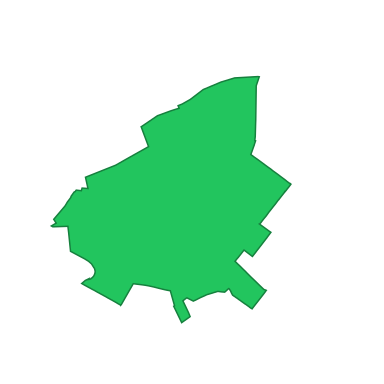 outline of Oinacu, Giurgiu, Romania, rotated 207°
{"feature_id": "2599482B44052699219659", "entity_name": "Oinacu", "entity_type": "district", "adm_level": 2, "iso_a3": "ROU", "parent_name": "Romania", "parent_adm1": "Giurgiu", "projection": "equal_earth", "projection_center": [26.022, 43.945], "detail": "fine", "context": "isolated", "style": "filled", "palette": "green", "viewbox_px": 384, "rotation_deg": 207, "n_neighbors": 0, "source": "geoboundaries", "source_scale": "gbopen_adm2", "svg_char_len": 4075}
<svg xmlns="http://www.w3.org/2000/svg" viewBox="0 0 384 384"><g transform="rotate(207 192 192)"><path d="M248.7,60.4L244.6,60.2L244.4,60.2L243.6,60.2L241.3,60.1L239.5,60.1L237.5,60.0L236.2,60.0L234.2,60.0L232.7,59.9L230.4,59.8L229.0,59.8L226.7,59.7L225.3,59.7L223.1,59.6L221.8,59.6L220.0,59.5L218.5,59.4L217.1,59.4L215.9,59.3L214.8,59.3L213.6,59.3L212.8,59.2L211.9,59.2L211.2,59.2L210.6,59.1L210.0,59.1L209.3,59.1L208.9,59.0L208.4,59.0L208.0,59.0L207.4,58.9L206.7,58.9L206.2,58.9L205.7,58.8L205.4,58.8L205.1,58.8L204.9,58.9L204.5,59.0L204.2,59.1L204.1,58.9L203.9,59.4L203.0,78.0L202.7,83.6L194.5,86.6L191.3,87.7L188.0,88.7L182.6,90.1L177.2,91.3L172.2,92.5L169.2,93.3L167.9,93.7L166.5,94.2L155.9,82.7L156.1,82.3L156.4,81.9L152.3,78.8L141.9,70.9L137.1,80.1L140.3,82.9L146.8,87.9L150.7,90.9L149.3,94.0L148.8,95.0L148.6,95.3L148.4,95.4L146.6,95.4L144.1,95.4L142.8,95.4L141.3,95.4L141.0,95.8L140.5,96.4L139.9,97.1L139.4,97.8L139.1,98.2L138.4,99.2L137.6,100.3L136.5,101.8L135.6,102.9L134.7,104.0L133.8,105.1L132.8,106.4L132.4,107.0L132.1,107.3L131.8,107.6L130.7,108.6L129.9,109.4L128.2,111.0L127.5,111.7L126.8,112.4L126.6,112.6L125.6,113.5L125.0,114.1L124.3,114.8L124.0,115.0L123.5,115.3L122.1,115.8L120.4,116.4L118.9,117.0L118.0,117.4L117.6,117.5L117.4,117.7L117.2,118.0L117.1,118.4L116.6,119.6L116.3,120.5L115.7,122.1L115.5,122.5L115.4,122.7L115.2,122.7L114.8,122.5L114.2,122.2L113.2,121.6L112.4,121.1L111.7,120.5L111.2,120.1L110.3,119.4L109.8,119.1L109.4,118.9L109.2,118.8L109.1,118.6L108.8,118.5L108.1,118.4L107.5,118.3L107.1,118.3L105.6,118.1L104.6,117.9L103.9,117.9L102.8,117.7L101.1,117.4L99.9,117.3L99.3,117.2L98.1,116.9L97.2,116.9L96.4,116.7L95.1,116.5L94.4,116.4L93.7,116.3L93.1,116.3L91.8,116.1L90.8,115.9L89.8,115.8L89.1,115.7L88.5,115.5L87.2,115.3L86.5,115.2L85.6,115.2L85.4,115.2L85.4,115.4L85.1,117.1L84.1,122.2L82.0,133.0L81.3,137.0L81.3,137.7L81.2,138.1L81.6,138.1L82.0,138.0L83.0,137.9L83.6,137.8L84.1,137.9L89.4,139.5L94.8,141.2L98.1,142.2L100.5,142.9L106.7,144.9L108.3,145.5L111.0,146.3L111.6,146.5L112.3,146.7L114.4,147.4L116.3,148.0L118.8,148.7L120.9,149.4L122.2,149.8L122.0,150.7L121.7,152.3L121.5,153.2L121.1,154.7L120.9,155.8L120.4,158.2L119.3,163.9L113.9,162.9L111.6,162.5L110.7,162.3L108.9,162.0L108.7,163.0L108.5,164.1L108.3,165.1L107.9,167.0L107.7,168.4L107.3,170.5L107.1,171.4L106.9,172.4L106.6,174.2L106.2,176.1L105.9,177.8L105.7,178.9L105.5,180.0L105.1,182.1L104.8,183.8L104.6,184.6L104.4,186.1L104.0,188.4L103.8,189.5L103.4,191.9L105.8,192.2L108.2,192.6L112.6,193.3L117.4,194.1L117.1,194.5L116.9,195.3L116.8,195.5L116.7,196.1L116.6,196.6L116.3,198.5L116.1,199.4L115.8,201.0L115.4,202.7L115.1,204.0L115.0,204.5L114.4,208.6L113.7,212.0L113.0,215.6L112.2,219.4L111.5,223.7L111.3,224.6L111.2,224.6L110.3,229.4L109.8,231.8L109.5,233.6L109.5,233.8L109.4,233.7L108.8,236.3L108.5,238.1L108.0,240.4L107.4,243.9L107.6,244.0L108.1,244.1L108.1,243.9L111.2,244.4L112.4,244.6L114.0,245.0L120.4,246.1L123.1,246.6L126.2,247.1L129.5,247.6L131.3,248.0L132.2,248.2L135.8,248.7L147.7,250.7L152.6,251.4L156.6,252.1L157.0,255.4L157.5,259.1L157.9,262.3L158.0,262.5L158.6,266.5L159.4,266.4L160.1,268.2L160.8,270.1L160.9,270.3L166.5,282.1L167.8,284.9L183.0,315.8L184.4,325.2L185.6,324.8L205.8,313.0L216.1,303.1L228.5,288.4L235.6,273.6L237.8,270.3L240.7,265.9L243.6,262.6L241.5,260.8L244.6,257.8L247.9,254.5L257.4,244.3L266.9,227.0L266.7,226.9L266.5,226.7L263.5,223.9L251.3,212.7L257.3,203.7L263.3,194.7L272.2,181.2L282.9,169.0L293.6,156.8L286.3,147.9L287.9,147.2L291.7,145.6L291.2,142.9L293.6,142.0L296.0,141.1L296.3,139.3L297.0,138.5L297.8,133.2L297.5,132.2L297.6,131.6L297.7,130.9L298.5,126.4L298.6,124.1L298.8,121.8L300.5,114.6L302.8,104.9L298.9,102.6L301.9,97.9L300.2,97.8L287.0,105.1L283.2,99.4L273.3,84.0L257.4,83.7L252.7,83.3L248.8,82.3L246.0,80.6L245.0,80.0L244.6,79.9L243.9,79.3L243.3,78.6L242.6,77.8L242.2,77.2L241.9,76.4L241.6,75.5L241.5,74.5L241.4,73.5L241.4,72.7L241.5,72.2L241.7,71.4L242.0,70.4L242.4,69.6L242.7,68.8L242.9,68.5L243.4,67.9L243.9,67.5L244.6,67.0L244.6,67.8L246.9,64.8L248.7,60.4Z" fill="#22c55e" stroke="#15803d" stroke-width="1.5"/></g></svg>